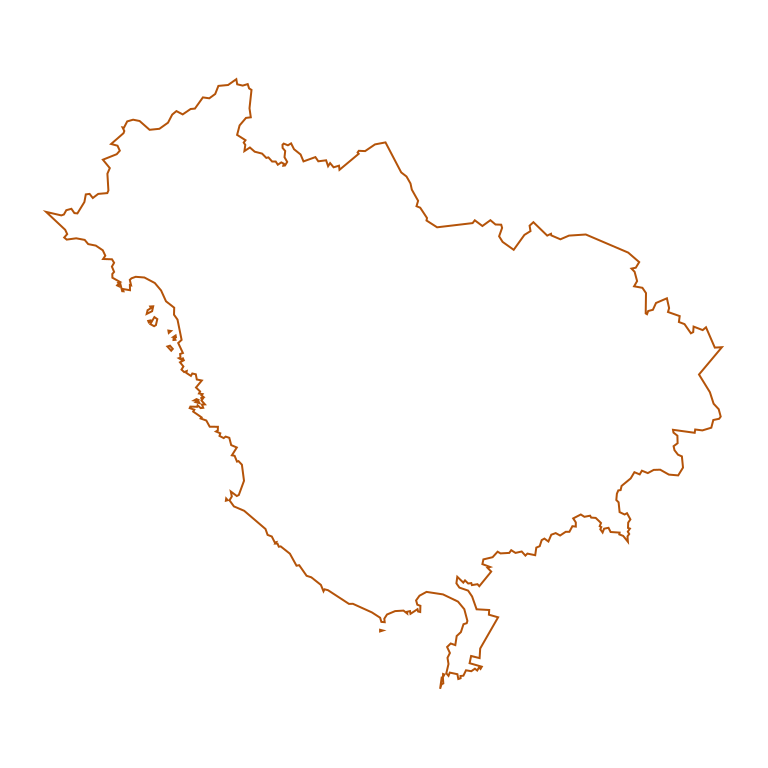 La Huerta, Jalisco, Mexico
{"feature_id": "50627088B67615476566962", "entity_name": "La Huerta", "entity_type": "district", "adm_level": 2, "iso_a3": "MEX", "parent_name": "Mexico", "parent_adm1": "Jalisco", "projection": "robinson", "projection_center": [-104.926, 19.493], "detail": "fine", "context": "isolated", "style": "outline", "palette": "amber", "viewbox_px": 768, "rotation_deg": 0, "n_neighbors": 0, "source": "geoboundaries", "source_scale": "gbopen_adm2", "svg_char_len": 6110}
<svg xmlns="http://www.w3.org/2000/svg" viewBox="0 0 768 768"><path d="M639.2,262.1L628.2,252.6L585.8,234.5L569.0,235.6L560.4,239.3L551.3,235.4L551.0,233.8L547.2,235.6L533.4,222.2L529.6,225.7L530.5,231.1L524.4,234.9L513.7,249.8L502.6,241.9L499.1,236.3L502.1,227.9L501.2,224.7L495.5,224.5L490.4,220.2L482.4,226.0L474.8,220.3L472.6,223.1L437.1,227.3L426.5,220.5L427.0,218.0L420.2,207.7L416.5,206.2L418.1,200.8L411.8,189.6L410.5,183.5L406.5,176.5L401.2,172.4L385.5,142.4L375.0,144.4L365.1,151.1L358.8,150.8L357.6,152.5L358.7,153.8L339.5,169.8L339.0,165.7L333.6,167.3L330.1,163.1L328.1,166.2L326.1,160.3L318.3,161.3L315.4,157.1L303.5,161.4L300.6,154.5L294.0,149.2L291.1,143.4L287.9,145.3L283.7,143.6L282.5,144.8L282.6,147.9L285.2,151.0L284.5,157.2L287.2,161.9L285.0,165.5L283.3,165.7L283.8,163.7L281.3,162.4L277.8,164.7L275.7,161.5L272.1,161.5L268.4,157.4L266.3,157.9L262.1,153.6L254.7,151.7L249.9,147.5L244.4,151.1L245.3,144.9L243.7,142.6L245.5,140.2L237.1,134.9L239.6,125.4L246.0,117.9L250.8,117.3L249.5,108.3L251.5,89.9L249.1,88.4L247.7,84.1L242.7,85.6L237.2,84.3L236.3,79.2L228.1,85.0L218.4,85.9L215.2,94.0L209.3,98.3L202.9,97.4L194.9,108.6L190.6,109.0L182.7,114.4L176.4,111.1L172.2,114.6L168.0,122.7L159.4,128.8L149.6,129.8L139.6,121.0L133.1,119.7L127.2,121.4L124.0,127.6L122.5,127.4L124.3,131.0L123.5,133.2L111.1,144.0L117.5,145.7L119.8,150.7L116.7,154.2L102.9,159.7L109.8,168.1L107.4,173.7L108.4,190.5L107.3,193.1L98.2,193.9L92.8,198.0L89.6,193.9L85.8,194.4L84.4,202.0L77.4,213.4L74.4,213.1L71.4,208.8L66.3,210.2L63.9,214.5L61.3,215.4L46.1,211.9L65.2,229.8L67.2,234.1L64.2,237.5L66.7,239.6L76.2,238.3L84.7,239.9L88.2,244.1L95.8,245.6L102.8,250.3L105.3,255.7L103.1,259.0L112.0,259.3L114.1,262.8L111.9,266.6L114.1,271.9L112.3,274.0L112.4,277.7L120.1,282.0L118.6,282.6L120.3,283.7L122.2,291.2L123.5,291.3L122.8,289.0L130.0,290.2L129.9,285.1L131.1,285.4L129.8,279.9L131.5,278.3L135.7,276.8L144.4,277.5L154.8,283.0L161.1,290.5L166.0,301.3L174.2,307.7L174.0,314.7L177.5,319.6L181.6,339.9L178.2,343.0L182.9,353.0L180.1,354.0L180.5,357.7L178.9,358.2L181.2,359.6L182.9,358.4L183.8,360.3L180.0,362.3L183.4,366.5L181.5,369.6L184.2,372.1L186.7,371.1L186.3,372.9L190.9,375.9L192.3,373.5L195.8,374.3L196.8,379.5L201.8,380.5L196.0,387.5L200.1,391.5L199.0,393.5L202.5,394.1L201.5,395.4L203.6,397.1L200.5,398.3L203.0,398.4L201.5,400.5L204.9,404.4L202.0,404.6L203.2,407.8L200.7,408.1L197.6,405.3L197.1,406.8L190.4,406.6L189.7,408.1L194.3,409.7L193.2,411.6L201.6,417.4L200.7,418.5L206.3,420.5L209.7,426.7L217.9,426.8L217.8,430.4L216.0,431.5L220.3,433.3L219.5,435.9L223.7,438.1L225.6,436.6L229.3,437.8L231.2,445.1L236.8,447.5L231.9,455.3L234.6,455.8L237.0,461.6L238.5,461.1L241.9,464.7L244.0,480.8L238.8,495.0L236.8,496.0L230.8,491.5L231.8,496.5L229.5,500.3L233.9,506.4L244.2,510.8L265.5,529.0L267.6,534.9L271.8,536.5L274.8,542.5L276.1,542.2L275.2,543.6L277.5,543.6L278.8,546.7L280.7,546.4L289.9,553.7L296.5,565.7L299.2,565.2L306.6,575.8L311.3,577.3L320.9,584.9L323.5,591.3L324.5,589.3L328.0,590.2L349.0,603.9L352.9,603.8L371.9,612.4L380.1,617.7L381.4,621.9L384.7,622.2L384.3,618.7L387.0,614.5L395.1,611.1L403.5,610.6L407.2,613.5L407.0,611.8L410.0,611.1L410.5,613.8L417.5,609.2L418.1,611.5L420.2,612.0L420.4,605.8L417.3,604.7L416.1,600.4L419.5,595.7L426.5,591.9L443.0,594.4L458.0,601.6L464.3,609.2L467.4,620.9L466.7,623.2L463.5,624.2L460.9,632.1L456.7,636.0L455.3,645.1L450.7,643.5L447.1,647.0L449.9,653.0L447.5,657.8L448.5,664.0L446.3,673.3L448.5,675.8L449.8,672.6L457.4,674.2L458.3,679.0L460.6,678.2L460.5,676.0L463.4,675.7L466.0,670.3L471.3,671.2L474.9,668.7L477.2,670.5L479.1,667.3L480.5,668.9L481.8,666.7L469.6,663.2L471.1,656.0L479.6,658.1L480.2,648.5L498.1,617.3L488.9,614.7L489.2,610.0L476.6,609.3L472.1,596.5L468.1,590.6L459.4,587.6L456.4,583.3L457.3,576.8L463.3,582.6L465.0,580.4L468.2,583.5L471.3,583.1L471.9,585.1L477.5,584.2L479.3,586.2L491.2,571.6L487.5,567.8L490.1,567.0L482.4,564.1L483.4,559.4L492.6,557.2L497.6,551.7L500.5,553.4L509.3,552.9L511.2,550.2L515.5,552.9L521.7,551.5L525.4,555.6L527.4,553.6L535.2,555.2L536.3,547.6L539.7,546.2L541.7,540.1L544.4,538.6L548.4,541.5L551.3,534.7L555.7,533.1L560.1,535.5L565.7,531.8L569.4,531.8L572.4,526.2L575.8,526.6L575.8,522.4L573.2,518.4L580.8,514.5L584.4,516.8L590.1,515.7L591.2,517.6L595.7,517.9L601.0,523.0L599.7,526.2L601.3,527.1L600.3,529.3L602.6,532.5L604.1,528.7L608.5,527.8L610.6,532.0L619.6,532.6L619.3,534.4L623.2,535.9L627.9,541.8L627.5,536.4L629.2,534.0L627.8,531.7L629.9,528.6L628.0,527.9L628.2,522.6L630.4,519.4L627.0,513.2L624.6,514.5L619.6,512.1L618.6,502.3L616.3,500.0L616.9,493.7L618.3,490.4L620.6,490.1L621.6,485.9L630.7,478.4L634.4,472.2L639.7,474.4L641.9,470.7L647.8,473.1L653.7,469.9L660.2,469.7L668.9,474.6L678.2,475.4L683.0,467.6L681.9,456.4L678.0,454.7L674.5,450.2L673.6,446.2L677.6,443.2L677.4,435.7L673.5,432.6L673.0,429.8L694.7,432.8L695.2,429.5L702.4,430.4L711.3,427.7L713.3,420.0L719.1,418.8L720.7,416.6L718.7,409.2L713.6,403.7L709.9,392.2L699.0,374.5L721.9,347.2L714.8,347.6L706.0,327.3L702.7,330.1L693.6,326.6L693.2,332.1L690.9,333.3L684.5,324.1L678.9,322.0L679.7,316.1L668.0,312.0L669.1,308.1L666.9,298.3L656.0,303.0L652.9,309.8L648.2,311.0L647.0,314.2L645.7,313.4L646.0,293.1L642.4,287.8L634.1,286.3L637.1,281.1L634.6,271.8L631.5,268.6L635.8,267.7L639.2,262.1ZM155.9,325.1L157.3,319.1L154.4,317.1L150.3,324.1L154.1,326.2L155.9,325.1ZM153.2,306.3L150.2,306.5L151.0,308.1L147.6,310.2L146.7,313.9L152.1,311.2L153.2,306.3ZM170.0,345.7L167.4,346.5L171.2,350.7L172.8,348.9L170.0,345.7ZM442.9,677.5L441.7,677.5L440.1,688.8L441.5,684.3L443.3,683.4L442.9,677.5ZM168.8,332.9L171.0,331.0L168.4,330.6L168.8,332.9ZM198.5,400.0L196.5,399.1L194.0,400.5L197.7,401.2L198.5,400.0ZM380.1,631.4L382.9,630.5L380.1,629.8L380.1,631.4ZM148.8,322.4L150.6,321.3L150.5,320.4L148.2,320.9L148.8,322.4ZM175.6,335.5L173.5,336.9L175.9,337.1L175.6,335.5ZM227.7,500.2L226.2,498.5L225.9,500.7L227.7,500.2ZM175.4,339.8L174.7,338.1L173.6,338.2L173.5,340.0L175.4,339.8ZM118.8,286.2L118.3,283.9L117.1,285.4L118.8,286.2ZM199.4,403.1L198.5,401.3L196.3,402.3L199.4,403.1ZM442.9,677.2L444.4,674.5L443.1,674.0L442.9,677.2Z" fill="none" stroke="#b45309" stroke-width="2"/></svg>